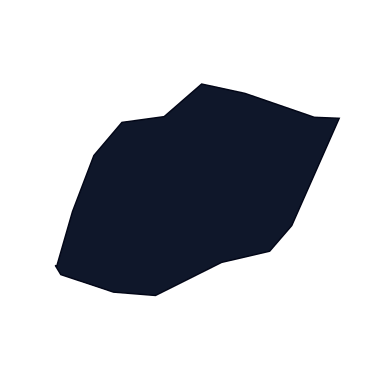 outline of Partille, Västra Götaland, Sweden, rotated 29°
{"feature_id": "70781695B82968096890663", "entity_name": "Partille", "entity_type": "district", "adm_level": 2, "iso_a3": "SWE", "parent_name": "Sweden", "parent_adm1": "Västra Götaland", "projection": "orthographic", "projection_center": [12.147, 57.742], "detail": "fine", "context": "isolated", "style": "filled", "palette": "ink", "viewbox_px": 384, "rotation_deg": 29, "n_neighbors": 0, "source": "geoboundaries", "source_scale": "gbopen_adm2", "svg_char_len": 391}
<svg xmlns="http://www.w3.org/2000/svg" viewBox="0 0 384 384"><g transform="rotate(29 192 192)"><path d="M107.9,322.5L108.4,322.7L117.3,327.8L171.9,317.6L210.2,300.2L252.0,239.2L288.6,206.1L292.0,189.7L295.5,173.0L285.0,56.2L262.7,67.4L190.5,80.1L148.1,92.9L131.1,139.6L97.0,165.1L88.5,207.6L97.0,267.1L109.7,322.5L107.9,322.5Z" fill="#0f172a" stroke="#020617" stroke-width="1.5"/></g></svg>